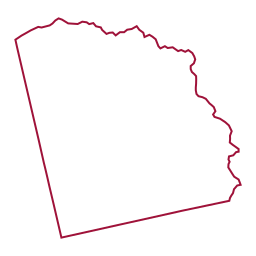 Granito, Pernambuco, Brazil (orthographic projection)
{"feature_id": "56859067B26084902822127", "entity_name": "Granito", "entity_type": "district", "adm_level": 2, "iso_a3": "BRA", "parent_name": "Brazil", "parent_adm1": "Pernambuco", "projection": "orthographic", "projection_center": [-39.657, -7.79], "detail": "fine", "context": "isolated", "style": "outline", "palette": "rose", "viewbox_px": 256, "rotation_deg": 0, "n_neighbors": 0, "source": "geoboundaries", "source_scale": "gbopen_adm2", "svg_char_len": 1354}
<svg xmlns="http://www.w3.org/2000/svg" viewBox="0 0 256 256"><path d="M61.4,237.6L121.2,224.3L177.4,211.8L181.8,210.8L229.3,200.8L230.0,197.9L231.3,195.6L233.0,193.1L234.0,189.2L237.2,185.5L240.6,184.8L239.7,182.3L238.6,179.5L234.2,176.7L232.5,174.1L228.3,167.4L228.5,164.1L229.6,161.8L228.5,159.5L229.0,156.4L233.3,155.3L236.1,152.1L238.6,151.7L238.6,149.0L232.7,144.8L229.8,142.5L230.1,138.8L230.0,135.7L231.7,131.2L228.9,125.4L225.3,122.2L220.0,118.7L214.5,116.9L213.1,114.5L215.4,111.2L213.8,107.1L211.6,105.1L209.5,103.4L207.9,101.4L205.8,98.8L202.5,97.2L198.5,96.2L196.5,94.0L195.8,90.3L195.8,87.6L196.1,83.7L196.2,79.3L196.1,76.1L194.3,74.1L191.9,72.0L190.7,69.1L190.7,66.0L193.9,63.3L195.2,59.4L194.2,56.4L192.3,53.0L188.3,50.1L185.2,51.8L181.2,50.0L178.1,51.1L172.7,47.3L167.7,48.0L164.9,46.2L160.4,48.4L158.4,46.2L155.7,39.3L152.5,36.7L149.4,34.8L144.5,37.0L143.3,32.7L139.3,29.8L136.7,26.2L131.7,29.0L127.2,29.7L124.1,32.2L119.9,32.2L115.7,35.4L112.7,32.5L109.4,32.8L106.5,33.9L102.1,29.9L100.8,27.4L96.0,26.3L93.3,23.1L89.2,24.1L86.7,22.3L82.3,21.7L77.7,24.0L68.2,23.4L62.0,19.6L58.6,18.4L55.3,20.5L52.5,23.5L49.7,25.4L41.6,27.5L38.2,26.9L30.7,30.4L28.1,31.9L25.1,33.6L21.5,35.6L15.4,39.7L16.9,46.5L17.7,50.0L38.8,140.5L43.8,162.6L45.3,168.7L47.6,178.5L49.3,186.0L53.7,204.5L61.4,237.6Z" fill="none" stroke="#9f1239" stroke-width="2"/></svg>